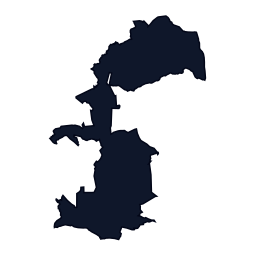 Donato Guerra, México, Mexico, rotated 89°
{"feature_id": "50627088B84805364121856", "entity_name": "Donato Guerra", "entity_type": "district", "adm_level": 2, "iso_a3": "MEX", "parent_name": "Mexico", "parent_adm1": "México", "projection": "albers", "projection_center": [-100.178, 19.319], "detail": "fine", "context": "isolated", "style": "filled", "palette": "ink", "viewbox_px": 256, "rotation_deg": 89, "n_neighbors": 0, "source": "geoboundaries", "source_scale": "gbopen_adm2", "svg_char_len": 5860}
<svg xmlns="http://www.w3.org/2000/svg" viewBox="0 0 256 256"><g transform="rotate(89 128 128)"><path d="M239.3,139.3L236.7,137.9L236.3,137.4L233.5,136.7L232.1,138.1L226.8,136.0L228.0,130.8L229.8,125.7L229.8,123.6L229.2,123.2L229.0,123.9L228.3,124.1L228.2,122.8L228.7,122.5L228.4,120.1L226.2,118.3L225.0,117.8L224.7,114.3L223.5,114.4L222.1,111.0L221.8,109.4L222.2,109.1L222.2,107.9L221.5,106.4L221.1,105.0L221.9,102.8L220.6,103.6L220.5,106.2L219.3,109.2L217.9,111.9L218.4,113.0L217.9,114.6L216.3,117.3L215.9,119.3L214.9,118.0L213.1,117.2L212.8,115.8L212.4,115.2L210.5,116.9L209.4,117.2L206.5,117.1L204.7,117.6L204.1,114.5L196.9,102.0L196.7,100.6L192.7,105.7L175.2,105.9L164.1,107.2L164.2,107.9L161.8,105.9L161.9,106.6L161.4,106.3L160.1,106.6L159.0,105.9L156.7,106.3L155.4,105.8L154.6,102.7L153.6,100.9L153.9,100.8L153.3,99.8L153.4,99.4L155.0,98.8L154.3,98.2L153.7,98.1L152.9,98.3L152.5,99.4L148.8,102.3L147.1,106.7L144.5,109.4L140.8,115.3L138.1,117.0L133.5,118.8L129.1,119.6L129.4,121.1L132.6,128.0L131.6,130.1L130.5,131.4L130.5,135.8L130.8,138.0L132.2,142.7L133.2,143.7L133.9,145.2L127.5,145.7L125.5,144.9L108.0,143.9L108.3,136.8L107.6,136.2L105.8,135.8L105.1,136.4L105.9,139.2L95.5,139.7L95.7,140.2L95.6,140.9L84.9,146.0L84.2,147.9L83.8,148.2L83.1,148.1L82.7,148.7L72.2,145.7L72.9,143.4L84.4,146.0L84.6,143.9L85.2,144.2L85.1,143.5L85.6,142.1L85.4,141.5L85.6,139.0L85.5,138.5L85.3,138.6L85.4,136.2L89.6,130.7L90.3,128.4L91.1,127.9L89.9,124.5L90.5,123.6L91.0,121.6L89.7,120.8L89.4,120.9L89.1,120.4L88.8,120.3L88.9,119.7L87.3,117.4L86.9,116.6L87.0,115.9L86.6,114.4L85.8,114.0L83.9,109.8L83.2,106.0L82.9,105.5L83.4,104.6L83.4,103.4L81.1,99.1L81.2,97.5L80.8,96.5L79.9,95.6L77.9,94.8L76.2,91.3L76.4,89.5L75.6,88.6L74.5,86.2L73.9,85.4L73.7,84.2L74.7,82.4L74.5,81.4L74.8,81.1L74.7,80.6L74.9,79.9L74.5,78.9L74.8,77.3L73.8,75.6L74.2,73.6L74.1,73.1L73.6,72.3L72.9,71.9L70.5,72.0L68.8,69.2L70.5,65.3L72.1,63.7L72.6,62.3L78.1,59.9L79.4,58.4L79.7,57.5L79.4,57.3L79.2,56.2L81.1,52.5L81.0,51.2L81.5,50.4L79.5,49.7L72.3,50.1L68.4,50.6L63.4,50.5L58.8,50.7L55.4,51.3L53.1,52.4L50.7,54.6L49.2,55.1L44.3,55.1L41.8,56.0L40.3,56.0L33.9,57.8L33.4,58.1L33.2,59.8L33.4,61.3L33.1,66.6L32.7,69.4L32.2,70.2L32.3,71.1L27.8,75.1L25.6,81.1L25.3,81.1L24.9,81.8L23.1,82.4L22.6,83.2L22.6,83.7L22.3,84.0L20.0,84.9L18.3,86.0L16.7,88.1L17.5,95.5L17.8,96.5L21.1,100.9L25.2,104.3L26.8,106.1L25.9,106.0L21.4,110.2L22.1,110.6L22.0,111.4L22.2,111.5L21.6,112.0L21.0,114.6L21.5,120.6L22.2,120.1L22.9,120.1L25.1,119.0L26.9,118.5L27.9,119.4L28.1,120.1L28.5,120.3L28.3,120.7L28.8,121.6L29.2,123.1L30.4,123.9L32.4,124.0L32.8,123.7L34.4,123.5L36.6,123.9L37.0,123.5L38.1,123.4L39.1,122.7L39.4,123.1L39.4,124.9L40.7,126.9L42.0,130.0L42.3,130.0L42.8,130.6L43.8,133.9L44.3,133.8L44.8,134.6L43.4,136.7L42.7,136.8L41.9,138.7L42.1,138.7L42.7,139.5L43.1,139.0L43.3,139.6L43.7,139.7L43.4,140.3L43.5,140.9L43.6,141.2L44.1,141.0L43.9,141.7L44.2,142.0L44.1,142.5L44.7,143.7L44.4,144.1L45.0,144.3L45.3,144.8L46.4,145.6L48.4,145.6L49.1,146.2L50.1,146.3L50.7,148.0L51.2,147.9L52.0,148.4L53.1,147.8L53.1,148.3L54.1,149.1L53.9,149.9L54.8,151.1L54.9,151.5L54.6,151.9L54.8,152.5L55.1,152.7L55.6,152.3L56.3,152.9L56.7,152.9L57.0,153.8L58.0,154.1L58.4,154.8L59.6,155.4L60.7,155.2L61.1,154.7L62.4,155.0L63.3,156.1L63.1,157.2L63.9,159.1L63.4,160.0L64.2,160.9L65.1,160.6L66.1,160.9L67.3,161.8L67.8,162.7L68.1,162.9L68.2,164.3L68.6,163.3L68.6,162.6L69.1,162.6L69.4,161.7L70.2,161.4L70.3,160.5L71.3,160.4L72.3,160.9L77.0,158.0L77.2,157.4L79.6,156.6L82.2,157.7L83.2,156.4L83.3,156.4L84.0,157.3L84.9,157.7L85.1,158.2L85.0,158.7L85.8,158.5L86.2,158.8L86.4,159.2L86.0,159.8L86.6,160.2L85.6,161.3L86.6,161.4L88.0,161.0L88.3,161.2L88.3,163.1L95.8,179.3L97.0,179.4L102.3,173.1L101.0,172.2L100.4,170.5L100.9,169.2L101.9,168.8L102.4,167.0L102.3,166.3L104.7,165.1L108.2,162.3L110.1,163.5L109.7,165.0L119.4,163.9L125.1,161.9L125.9,171.5L122.4,172.5L124.1,173.7L126.5,172.8L127.7,173.5L125.5,176.6L124.3,180.9L124.5,183.1L124.2,183.8L125.2,194.8L126.4,195.6L126.8,195.7L127.6,200.4L128.7,201.8L129.8,202.7L133.3,201.3L134.2,203.4L134.9,203.2L135.5,204.9L136.1,204.7L137.0,206.3L141.0,203.1L142.0,201.7L142.6,199.1L142.0,199.8L141.1,200.1L140.0,200.2L139.0,199.9L138.6,199.3L138.6,198.2L137.6,197.3L136.0,193.8L134.9,192.4L134.3,190.9L134.5,189.0L137.7,186.2L141.0,181.9L144.6,178.2L143.9,177.7L143.6,178.1L141.8,178.4L141.3,178.1L139.6,179.1L138.9,179.0L137.0,179.6L136.2,181.4L135.7,182.0L135.7,182.3L134.2,182.0L135.7,175.0L136.7,174.6L138.3,173.2L138.5,172.0L139.3,170.8L139.5,170.1L139.7,169.2L139.1,168.1L138.3,165.0L138.3,164.3L139.0,161.5L140.1,160.5L140.5,159.7L139.5,159.5L139.9,158.4L138.9,156.7L141.1,156.2L144.0,155.0L144.5,155.4L146.7,153.5L150.1,156.4L154.5,154.3L157.2,155.4L158.5,156.1L160.4,157.7L161.4,159.1L160.7,160.2L163.8,162.4L164.5,162.4L166.1,161.0L167.1,161.3L168.0,162.0L169.5,161.6L175.4,162.7L186.9,160.6L191.0,162.6L191.9,163.2L191.8,173.3L186.3,173.3L186.5,176.1L188.8,176.2L189.8,176.7L190.8,177.4L192.7,180.3L206.4,180.6L206.6,181.0L206.4,182.9L205.6,182.7L204.6,183.4L204.3,184.1L203.2,185.8L199.3,190.0L194.3,194.2L196.0,195.3L199.1,195.7L198.5,196.8L198.9,197.5L199.4,197.6L199.6,198.8L199.0,199.1L198.5,200.1L197.8,200.7L197.9,201.1L198.9,201.1L201.1,199.6L202.0,197.7L203.1,197.4L204.2,198.7L205.1,199.2L205.6,199.0L206.7,199.1L207.5,199.0L208.1,197.7L209.5,197.9L210.6,197.2L211.0,196.7L214.0,196.9L214.5,196.4L215.8,196.1L216.3,196.2L216.4,196.5L217.0,196.6L219.4,200.6L221.7,202.6L222.7,203.0L225.2,203.4L226.1,203.3L225.8,202.9L226.1,200.3L225.2,199.0L224.9,197.0L224.3,195.4L223.6,192.4L224.7,187.0L224.1,186.0L225.8,183.6L226.7,179.7L227.1,174.8L227.1,171.1L228.7,169.1L229.4,168.8L230.0,167.5L230.9,166.5L233.9,161.1L236.2,158.0L237.2,158.1L237.4,157.1L238.5,157.1L238.2,154.7L238.3,153.6L237.7,151.9L237.6,148.1L238.2,143.3L239.3,139.3Z" fill="#0f172a" stroke="#020617" stroke-width="1.5"/></g></svg>